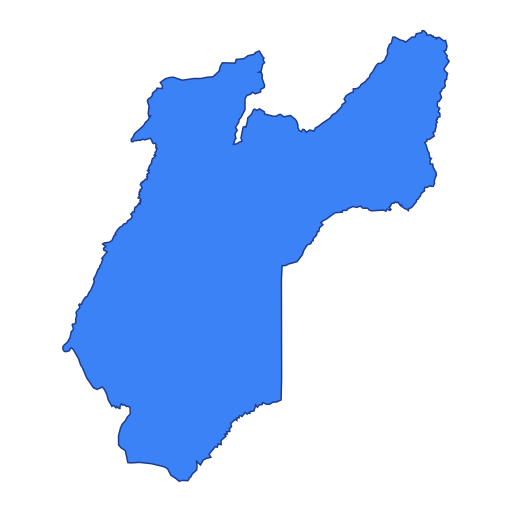 the district of Kailahun, Eastern, Sierra Leone
{"feature_id": "65957751B248885957650", "entity_name": "Kailahun", "entity_type": "district", "adm_level": 2, "iso_a3": "SLE", "parent_name": "Sierra Leone", "parent_adm1": "Eastern", "projection": "orthographic", "projection_center": [-10.677, 8.06], "detail": "fine", "context": "isolated", "style": "filled", "palette": "blue", "viewbox_px": 512, "rotation_deg": 0, "n_neighbors": 0, "source": "geoboundaries", "source_scale": "gbopen_adm2", "svg_char_len": 5976}
<svg xmlns="http://www.w3.org/2000/svg" viewBox="0 0 512 512"><path d="M182.0,480.4L187.8,480.7L188.8,479.5L189.0,478.2L190.6,477.1L192.5,473.7L196.6,470.0L197.0,467.2L196.6,461.4L200.5,465.0L203.2,460.1L206.4,458.4L210.9,457.3L209.0,454.3L215.2,446.7L217.3,447.2L218.2,443.9L221.2,444.6L221.0,440.5L226.0,436.2L224.7,434.4L227.3,434.0L226.6,431.8L229.8,431.4L229.4,428.6L231.5,426.7L230.7,423.4L235.4,419.3L236.9,420.4L236.9,417.8L239.2,417.8L239.0,416.3L239.9,415.5L242.0,416.5L245.2,412.4L247.1,414.2L248.2,413.3L249.9,413.3L249.7,411.8L254.0,410.9L255.7,404.9L257.4,407.3L259.3,404.9L262.1,404.5L262.7,402.5L266.4,404.2L269.8,404.2L272.6,402.3L276.8,401.9L281.1,399.9L281.6,378.4L281.4,279.4L282.1,265.8L286.1,265.4L288.2,264.1L297.0,261.7L302.3,254.8L303.8,250.3L307.2,244.9L310.9,243.6L311.5,241.7L313.2,240.6L313.2,238.6L316.4,235.4L317.3,231.7L318.8,231.5L319.5,227.6L322.9,224.8L321.0,222.7L322.7,221.0L326.5,219.0L334.9,212.8L342.3,212.1L342.6,210.4L346.4,210.4L347.5,209.7L347.9,208.7L353.2,206.5L356.6,207.4L360.3,206.1L362.8,208.2L367.7,208.2L369.4,210.2L371.6,210.8L383.5,210.1L385.9,211.2L386.5,209.5L388.0,209.5L390.1,210.4L391.0,209.5L389.1,207.1L390.4,206.3L391.4,203.9L392.3,203.2L394.0,203.2L395.1,201.9L396.8,202.6L398.0,202.2L400.0,205.0L401.5,205.0L400.8,205.8L405.1,208.8L406.6,209.0L408.3,210.6L409.1,208.4L411.1,207.8L412.3,206.7L416.2,201.9L416.6,200.0L418.3,198.9L419.0,197.4L420.4,196.1L421.1,193.5L424.5,190.9L424.3,189.2L425.1,187.3L427.3,187.3L429.4,186.0L433.2,186.4L434.5,183.4L434.3,181.4L434.9,178.6L436.3,175.4L436.1,172.6L433.1,167.2L432.7,164.0L430.1,164.0L430.1,160.5L431.4,158.4L429.7,157.9L429.0,152.8L427.8,151.0L426.1,145.2L424.8,142.6L426.9,141.1L427.1,139.4L429.3,139.4L434.2,136.1L433.1,132.5L435.0,131.6L436.3,125.4L435.8,123.6L437.3,122.3L436.1,120.2L437.3,119.5L437.4,117.6L440.0,116.7L439.8,113.3L438.1,111.8L439.8,108.3L437.2,106.4L437.6,101.6L439.1,101.4L441.5,97.5L439.8,92.6L441.3,91.3L442.3,88.5L443.8,88.1L445.3,86.1L444.7,82.7L445.3,81.6L444.7,80.3L446.6,79.4L446.8,76.2L447.6,73.4L445.1,71.2L444.0,68.9L449.1,61.3L446.6,57.7L447.2,55.9L444.0,51.2L446.1,50.3L447.0,46.2L445.5,40.4L443.6,40.8L439.3,37.4L437.8,37.4L436.3,38.9L436.1,37.6L433.3,37.2L433.3,36.1L431.4,35.9L430.8,34.8L426.7,35.2L426.7,33.5L423.9,30.7L422.2,30.7L421.4,32.7L416.3,33.7L415.0,37.0L412.0,37.0L405.6,42.2L404.3,41.1L399.8,39.8L394.7,37.0L392.8,37.2L391.3,43.3L389.6,44.3L387.5,49.5L387.5,54.3L385.9,57.1L384.8,60.3L380.8,63.3L378.0,63.5L375.9,65.9L372.7,71.7L370.1,74.7L369.5,77.3L367.1,79.3L365.8,81.2L360.9,84.7L360.1,86.4L358.4,87.9L355.6,88.8L353.3,88.8L353.3,92.0L349.9,93.3L346.0,95.9L344.1,99.1L345.8,101.9L342.2,104.5L341.5,106.9L335.6,113.1L332.2,114.9L329.8,118.3L322.5,123.1L318.8,126.1L315.6,127.8L313.9,131.0L309.7,130.0L306.2,132.3L304.5,129.8L302.8,129.3L301.3,131.7L299.2,130.4L297.9,127.4L297.9,125.0L296.6,121.1L294.9,119.0L290.5,115.5L283.6,116.8L280.9,114.5L279.1,114.5L276.4,116.2L273.0,116.2L264.6,114.0L264.4,111.9L259.5,108.8L257.2,110.4L254.8,109.1L253.5,109.7L251.6,114.2L247.8,117.9L247.4,121.6L245.9,127.2L244.6,126.5L243.1,127.2L241.0,138.0L242.0,141.2L239.0,142.3L236.9,143.8L233.5,144.4L235.0,139.3L236.0,138.6L235.0,134.9L235.6,132.7L237.3,130.2L235.4,127.4L238.8,122.2L239.0,119.8L241.2,117.0L245.0,109.7L245.0,98.7L246.9,95.5L250.6,94.2L252.5,92.2L255.3,93.8L260.6,92.0L260.6,89.4L264.2,87.5L264.6,85.6L262.1,78.2L262.3,75.0L261.4,72.4L258.9,72.2L261.2,70.9L262.7,64.2L264.6,62.7L263.1,59.9L264.0,58.0L262.9,57.1L259.3,51.0L255.6,52.4L254.0,54.4L248.0,55.7L243.9,58.7L236.2,59.4L235.2,63.1L222.3,62.8L220.3,66.5L219.2,71.0L213.0,76.8L207.4,77.2L201.1,78.5L194.1,78.5L182.2,80.2L173.3,77.2L169.6,77.5L165.3,78.8L160.3,82.5L162.3,85.5L162.3,88.5L157.0,88.2L156.3,89.9L152.5,93.1L152.4,95.0L151.5,96.8L147.9,99.4L147.4,101.1L149.1,106.4L148.2,113.2L148.9,116.4L150.4,116.0L147.7,120.5L145.7,122.0L143.5,125.6L134.5,133.8L132.8,137.5L131.2,139.4L131.4,141.6L132.9,141.7L135.0,140.5L136.1,140.8L137.4,140.2L140.4,140.4L142.9,139.1L144.6,139.9L150.1,138.3L151.3,139.5L152.6,142.8L153.4,143.6L155.2,143.2L156.0,144.2L155.9,148.0L157.0,148.3L156.0,151.5L155.0,152.4L155.4,154.3L154.2,155.1L155.6,155.8L152.3,159.0L151.4,162.3L151.7,163.3L149.7,165.5L148.3,169.2L149.1,170.3L147.6,170.6L149.2,172.7L146.9,174.5L147.5,176.1L146.7,176.9L147.5,178.1L146.8,179.4L145.7,179.1L143.6,181.2L142.6,181.5L142.5,182.6L141.4,182.5L140.3,184.6L141.9,187.1L141.7,188.8L140.1,189.7L140.5,191.3L139.6,191.3L139.1,192.4L139.5,193.5L139.0,194.3L139.8,194.8L138.1,197.9L140.3,198.5L140.9,199.8L140.0,200.3L140.8,201.4L139.5,202.4L140.2,203.2L140.0,204.2L138.8,203.7L136.3,207.0L135.2,207.0L134.3,210.2L134.4,211.8L132.5,212.0L131.6,213.9L130.8,214.1L132.2,216.2L131.1,218.6L127.6,220.9L127.1,222.4L125.9,223.5L123.6,224.1L122.0,226.3L119.9,227.2L117.9,229.4L115.1,233.5L115.8,234.8L114.2,235.4L111.9,240.6L109.1,242.3L104.3,242.9L102.6,244.0L105.9,246.5L103.5,248.3L104.0,250.4L106.4,251.2L107.1,252.0L101.8,258.5L102.8,259.2L101.2,263.9L99.7,266.1L99.5,267.8L98.0,269.4L95.8,275.1L93.6,279.1L94.3,281.9L90.6,290.6L89.2,292.1L87.3,296.4L85.2,297.3L82.2,302.3L81.4,304.6L79.6,304.0L78.7,305.1L79.5,306.0L79.7,307.8L76.5,311.5L76.0,313.1L76.7,314.9L75.6,319.6L75.9,322.6L74.4,324.1L72.7,324.1L72.1,325.0L73.3,328.2L73.0,330.1L71.2,331.7L70.1,337.4L67.5,342.1L64.3,344.9L62.9,346.9L62.9,349.1L64.2,351.3L65.9,351.7L69.4,350.7L70.5,348.2L71.7,348.1L73.3,349.5L78.5,358.6L80.7,365.1L82.1,367.0L86.8,378.0L93.5,387.8L97.0,389.4L102.3,387.0L104.5,389.6L106.8,394.4L108.3,400.0L111.9,406.4L112.8,405.6L114.0,405.7L115.9,407.8L116.5,406.6L119.4,408.5L120.0,408.4L120.0,406.3L121.5,403.8L122.9,405.1L124.4,404.9L126.6,406.5L127.8,406.2L130.0,407.3L130.2,414.1L127.3,417.1L125.3,420.9L122.2,424.2L120.5,428.0L118.5,436.0L118.6,444.9L120.9,447.7L125.3,450.6L127.9,462.6L130.6,462.9L139.5,462.4L151.0,463.6L162.9,466.4L165.7,467.5L167.7,469.0L171.0,475.4L176.1,478.6L179.2,481.3L182.0,480.4Z" fill="#3b82f6" stroke="#1e3a8a" stroke-width="1.5"/></svg>